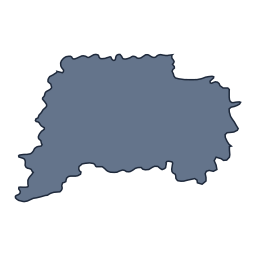 the district of Talachyn, Vitebsk, Belarus
{"feature_id": "67162791B51675752120435", "entity_name": "Talachyn", "entity_type": "district", "adm_level": 2, "iso_a3": "BLR", "parent_name": "Belarus", "parent_adm1": "Vitebsk", "projection": "robinson", "projection_center": [29.697, 54.429], "detail": "fine", "context": "isolated", "style": "filled", "palette": "slate", "viewbox_px": 256, "rotation_deg": 0, "n_neighbors": 0, "source": "geoboundaries", "source_scale": "gbopen_adm2", "svg_char_len": 4566}
<svg xmlns="http://www.w3.org/2000/svg" viewBox="0 0 256 256"><path d="M231.3,146.1L229.0,144.3L227.1,141.4L225.3,137.5L225.1,134.6L227.1,132.7L230.7,132.4L233.9,132.0L237.3,130.3L238.2,128.6L236.4,125.7L234.3,122.0L232.1,118.9L230.5,116.3L229.3,112.1L229.1,108.9L231.1,107.2L234.3,106.5L237.2,105.4L239.5,104.1L240.6,102.3L239.5,101.9L237.6,102.0L235.7,102.2L233.4,102.6L231.9,102.6L230.3,101.5L229.5,99.7L229.2,97.2L229.2,94.3L229.2,91.5L229.3,89.5L227.8,88.0L225.4,88.0L223.1,88.0L220.0,85.7L219.1,83.6L217.5,82.2L215.4,81.8L213.3,82.5L211.6,83.3L210.3,82.9L210.0,81.2L212.2,79.2L213.6,77.9L213.7,76.7L212.0,76.3L208.7,76.6L205.5,77.2L203.0,78.2L201.1,78.8L197.1,79.6L193.2,79.7L190.0,79.7L184.5,79.6L178.7,78.8L175.3,77.9L173.9,76.0L173.3,73.8L172.1,71.3L172.8,69.5L174.4,68.1L174.3,66.6L173.3,65.3L172.5,64.3L173.8,62.7L174.1,61.4L173.1,59.7L172.1,58.5L171.8,57.3L171.8,55.3L172.3,54.8L169.9,55.1L168.4,55.3L167.6,55.5L165.8,55.5L164.5,55.3L163.5,55.2L161.6,54.8L160.3,54.6L158.5,55.0L157.0,55.8L156.6,56.3L155.6,57.1L154.7,57.4L153.2,57.4L152.0,57.0L150.8,56.4L150.2,56.0L149.3,55.4L148.1,54.8L147.0,54.7L145.6,54.8L144.8,55.3L143.8,56.0L142.2,57.0L141.3,57.7L139.8,58.2L138.1,58.3L137.0,58.0L136.4,57.4L135.0,56.6L133.6,56.3L132.7,56.3L131.5,56.8L130.4,57.6L128.2,58.4L127.2,58.7L125.8,59.0L124.4,59.0L123.0,58.7L122.2,57.6L121.7,56.4L120.9,55.5L120.1,54.5L119.0,54.4L117.7,54.7L116.6,55.4L116.0,56.5L115.7,57.5L115.4,59.3L114.6,60.3L113.3,60.4L112.1,59.5L111.5,58.5L110.9,57.1L110.2,56.8L109.7,56.9L108.5,57.3L106.7,57.8L105.1,58.4L101.9,58.7L100.3,58.5L99.1,57.3L98.8,56.1L98.0,54.9L95.9,54.4L93.8,54.7L92.3,55.5L91.3,56.1L88.9,57.4L87.6,57.4L85.7,56.3L83.5,55.8L81.9,55.9L78.7,57.3L77.0,58.1L74.8,58.9L73.1,58.9L72.3,58.2L71.7,57.0L70.5,56.3L69.6,56.3L68.6,56.3L66.1,56.7L64.2,57.8L62.7,59.2L61.4,60.9L60.6,63.0L60.8,65.8L61.6,67.6L63.6,70.1L63.4,71.7L62.5,72.7L61.4,72.5L57.1,71.4L57.2,71.6L56.1,72.9L54.9,73.6L53.3,74.7L51.8,75.5L49.7,76.6L48.5,78.4L48.0,79.8L48.0,81.7L49.6,83.1L50.8,84.1L51.2,85.7L51.6,87.1L51.4,88.1L50.3,89.3L48.6,90.3L46.7,91.3L45.7,92.1L45.1,93.1L44.7,94.5L44.4,95.8L43.8,96.7L42.7,97.8L42.5,99.0L43.6,100.5L44.6,101.6L46.4,104.1L46.6,105.0L46.6,106.2L45.7,107.4L43.1,109.7L42.3,111.0L41.3,112.6L40.1,113.9L39.0,115.1L38.0,117.9L35.9,118.9L35.4,120.5L36.1,121.5L38.0,121.9L39.3,122.9L39.6,123.6L40.5,124.9L41.3,125.9L42.7,126.8L44.3,127.7L44.3,129.2L42.7,130.5L41.6,131.2L40.4,132.7L39.3,134.3L38.4,136.5L38.4,138.0L39.1,139.2L40.8,140.6L41.1,141.9L41.4,143.3L42.1,144.7L41.2,146.0L40.4,146.2L38.6,146.4L37.0,146.8L35.9,147.5L34.6,148.5L34.0,149.7L33.3,151.1L32.5,152.1L31.5,153.1L30.3,153.8L27.0,154.4L25.4,154.4L23.2,154.5L21.2,154.8L19.3,155.1L18.6,155.9L18.9,157.0L20.2,157.4L21.4,157.8L22.8,158.2L24.4,159.1L25.2,160.8L25.3,162.5L25.1,165.2L25.6,166.5L26.1,167.3L27.5,168.2L29.1,168.5L30.9,169.2L31.5,169.9L32.4,171.7L33.3,172.3L31.6,174.7L30.0,176.5L28.8,178.2L27.9,180.2L27.9,181.9L27.9,184.1L28.3,185.9L27.7,186.9L25.9,187.2L22.7,187.2L20.2,187.1L18.9,187.3L18.7,188.9L19.9,190.7L20.3,191.8L19.8,193.5L18.4,194.6L16.2,195.5L15.4,196.3L15.5,197.9L16.8,199.2L18.7,200.4L22.7,201.4L24.2,201.6L27.4,201.0L29.3,200.1L33.3,198.3L36.5,197.8L40.3,196.9L42.4,196.3L45.1,195.5L47.5,195.2L49.8,193.7L51.5,193.0L53.8,192.3L57.3,192.0L59.9,191.8L61.3,190.4L62.1,188.8L62.1,187.0L61.8,186.4L61.8,185.3L62.6,182.9L64.0,182.5L65.8,181.6L66.1,179.9L66.6,178.1L68.5,176.5L70.6,176.1L73.2,176.1L75.7,176.1L77.8,175.7L80.5,174.2L81.0,172.0L79.7,171.1L78.8,169.3L78.8,167.8L79.1,166.4L80.7,165.2L82.1,163.9L85.3,163.3L89.7,162.9L93.5,163.5L94.8,164.5L95.6,166.1L96.4,166.7L98.9,166.7L102.3,166.7L104.7,168.6L106.5,170.4L108.1,171.4L110.4,172.2L114.3,172.4L117.0,172.2L118.6,171.4L120.7,170.6L122.8,170.0L124.8,170.5L126.4,171.6L128.5,171.8L130.1,171.6L132.0,170.6L133.3,169.8L135.2,168.4L137.8,167.6L141.2,167.5L142.8,169.2L145.3,169.8L148.8,169.5L150.1,168.7L152.0,167.5L153.2,166.9L154.6,166.3L157.8,166.4L159.1,167.5L160.4,168.6L162.1,169.6L164.4,168.7L165.6,167.7L165.8,166.3L166.3,163.7L166.0,162.7L166.8,161.5L168.5,161.2L171.9,161.8L172.7,163.0L172.2,165.9L171.7,169.3L172.0,171.6L173.0,172.9L175.3,174.3L175.7,175.8L175.9,178.4L177.0,180.0L177.8,180.7L181.0,181.2L183.9,181.1L185.3,180.7L188.1,180.0L194.7,178.6L197.0,180.1L197.4,182.8L202.1,184.2L203.6,183.0L206.0,181.0L206.0,177.5L205.2,173.6L206.4,171.3L209.1,170.4L213.4,171.3L216.9,169.5L216.1,165.1L214.2,160.7L216.1,157.2L221.2,158.7L223.5,160.4L226.7,160.1L229.4,157.2L229.8,154.8L229.4,149.6L229.4,146.6L231.3,146.1Z" fill="#64748b" stroke="#1e293b" stroke-width="1.5"/></svg>